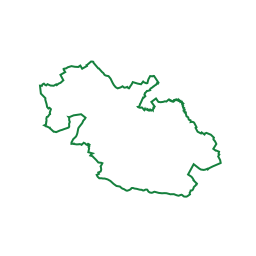 Aiviekstes pag., Plavinu, Latvia, rotated 33°
{"feature_id": "27541924B44380284961438", "entity_name": "Aiviekstes pag.", "entity_type": "district", "adm_level": 2, "iso_a3": "LVA", "parent_name": "Latvia", "parent_adm1": "Plavinu", "projection": "albers", "projection_center": [25.79, 56.661], "detail": "fine", "context": "isolated", "style": "outline", "palette": "green", "viewbox_px": 256, "rotation_deg": 33, "n_neighbors": 0, "source": "geoboundaries", "source_scale": "gbopen_adm2", "svg_char_len": 5632}
<svg xmlns="http://www.w3.org/2000/svg" viewBox="0 0 256 256"><g transform="rotate(33 128 128)"><path d="M42.3,114.1L44.9,115.3L42.4,120.2L47.8,123.2L46.8,126.9L45.6,128.6L44.9,130.8L44.0,130.5L42.7,133.0L39.9,134.6L36.6,135.1L36.2,136.8L35.3,137.0L33.3,136.6L32.6,137.9L32.8,139.6L31.9,139.8L31.7,140.3L31.2,140.5L36.2,146.6L42.5,148.0L43.2,149.3L46.7,152.3L48.7,154.4L50.6,155.0L51.0,153.9L51.7,153.9L53.1,154.2L54.0,157.7L54.7,158.3L55.1,158.8L54.7,159.6L54.7,162.1L53.9,163.0L54.4,164.6L55.0,165.4L55.6,166.1L56.0,166.9L56.0,167.4L56.6,168.1L56.6,168.7L57.2,169.4L57.1,170.2L56.4,171.3L57.6,171.2L57.8,171.0L58.4,171.2L58.5,171.0L61.5,170.6L62.5,170.8L62.6,170.5L63.1,170.8L67.7,171.6L68.2,171.2L70.0,170.6L72.4,167.0L73.8,165.4L75.1,163.6L77.5,160.6L77.9,160.0L77.8,159.7L78.0,159.1L77.8,158.6L76.6,157.0L76.2,156.3L76.0,155.0L75.7,154.4L74.5,153.6L73.1,151.5L72.3,151.2L72.8,151.0L75.5,147.0L81.2,142.0L86.8,142.5L86.9,143.9L86.5,146.2L86.9,148.6L86.9,149.2L86.4,154.6L86.6,155.6L88.3,159.8L88.7,161.2L89.0,162.8L89.0,163.7L88.1,167.4L88.3,168.6L88.4,170.4L88.7,171.4L89.2,172.1L90.9,170.7L91.1,171.0L93.9,169.7L95.7,168.4L95.8,168.1L97.5,167.3L98.1,167.4L98.2,167.1L98.3,167.1L98.5,166.1L98.8,165.2L98.9,164.5L100.5,164.3L101.7,164.6L102.7,164.5L103.4,164.3L103.6,163.7L103.0,163.6L103.1,163.0L103.4,162.9L104.9,163.0L104.9,163.7L105.5,164.5L105.0,165.0L105.3,165.5L106.5,166.3L107.9,169.9L112.2,168.6L111.5,170.0L111.4,171.6L113.5,171.0L113.8,171.1L119.0,172.2L121.9,173.1L124.6,171.7L125.7,171.5L125.9,173.7L125.9,175.1L126.3,175.3L127.9,177.1L128.3,177.7L128.7,179.3L128.7,179.5L127.3,181.5L128.6,182.3L127.3,184.4L129.1,185.4L131.3,185.8L133.1,184.6L134.6,184.0L135.9,183.1L138.9,182.2L142.2,182.0L146.3,182.7L149.9,182.9L153.1,181.5L154.8,181.8L156.4,181.9L157.5,181.5L160.7,181.4L161.6,180.9L162.7,179.5L163.6,177.9L163.7,176.5L164.2,176.0L164.9,175.6L166.5,175.2L168.4,174.3L171.5,173.3L173.1,172.4L174.7,172.2L175.4,171.6L175.8,170.8L176.3,170.1L177.5,169.3L178.4,169.5L179.3,170.0L179.8,170.2L181.3,170.2L182.9,169.6L183.8,168.8L184.4,167.7L185.0,167.0L189.1,165.7L192.1,164.2L194.1,162.7L195.9,161.7L199.6,160.5L202.5,158.5L205.4,157.9L207.2,157.3L207.6,156.9L208.5,155.6L209.1,154.9L209.9,154.7L211.9,155.0L212.6,154.8L214.2,153.9L214.9,153.0L216.1,149.9L215.8,149.7L215.0,148.7L214.9,146.7L214.6,146.3L215.9,145.1L215.9,143.7L215.7,142.7L215.4,141.9L215.5,141.0L215.6,140.8L215.9,139.8L216.0,138.7L216.3,138.1L215.9,137.8L216.0,137.1L211.8,136.3L211.9,136.1L209.8,135.0L207.8,134.3L203.7,134.3L202.8,122.6L210.0,123.2L211.8,123.1L214.2,122.0L215.4,120.9L216.9,118.8L217.5,119.2L217.9,117.6L220.1,113.9L224.8,106.9L224.6,106.6L222.7,104.7L219.1,102.7L219.0,100.5L218.0,100.4L217.3,98.3L214.0,98.9L213.8,99.2L210.9,99.0L210.8,93.3L210.2,92.9L208.1,91.7L206.0,91.1L205.6,90.7L205.3,89.3L201.2,88.5L196.4,89.4L195.4,90.9L195.4,91.1L195.7,91.3L195.7,91.8L192.2,91.6L192.2,92.8L188.4,93.2L184.6,91.1L185.0,90.0L180.5,87.5L179.5,87.5L178.4,87.9L177.3,88.9L176.7,87.3L176.8,87.2L175.3,87.8L174.3,87.8L172.7,86.3L171.7,86.2L171.0,86.4L170.5,86.2L168.9,84.6L168.5,84.5L168.0,83.4L167.4,83.5L167.5,83.8L167.0,84.1L166.6,83.8L166.5,83.4L165.5,83.3L165.9,82.5L165.5,81.7L165.0,81.9L164.6,81.6L164.0,81.6L163.7,81.0L163.8,80.6L162.9,80.6L162.7,80.2L161.8,79.8L161.7,79.6L161.8,78.9L160.6,78.7L160.5,78.4L160.8,77.6L160.2,77.7L160.2,77.3L159.5,77.4L159.4,77.0L159.0,76.7L158.6,77.3L158.3,77.4L157.7,76.9L157.5,77.4L157.1,76.9L156.5,77.3L156.4,76.9L156.1,76.9L156.0,76.7L155.7,76.7L155.5,77.2L155.1,76.9L155.1,77.1L154.8,77.1L154.6,77.7L154.3,77.6L154.1,77.8L153.9,77.6L153.6,77.5L153.6,77.9L153.2,77.9L153.1,78.1L152.7,78.1L152.6,78.7L152.0,78.8L151.9,78.9L152.3,79.0L152.2,79.5L152.1,80.0L151.5,80.3L151.5,80.5L151.9,80.9L151.8,81.2L151.6,81.4L151.2,81.2L150.7,81.2L150.5,81.5L149.7,81.4L149.6,81.5L149.7,81.9L149.2,82.0L149.0,81.6L148.8,81.6L148.7,81.8L148.3,81.7L148.1,82.1L147.9,82.1L147.7,82.0L147.6,81.7L147.1,81.6L146.7,81.8L145.8,84.9L144.4,85.5L143.3,86.9L141.3,88.6L139.4,89.5L139.0,89.5L135.4,88.0L133.4,93.4L138.7,95.5L138.5,96.3L138.2,96.8L138.4,96.9L138.7,97.3L138.9,97.3L138.9,97.5L138.6,97.7L138.6,97.9L138.8,98.2L138.8,98.9L139.2,99.6L138.7,99.5L138.4,99.6L138.3,100.2L138.1,100.6L137.1,100.5L137.3,100.9L137.0,101.0L136.9,101.3L136.6,101.4L136.3,101.1L136.2,101.4L136.0,101.2L135.7,101.3L135.6,101.6L135.6,102.0L135.3,102.1L135.2,101.8L135.0,101.7L134.8,101.6L134.7,101.6L134.9,101.8L134.4,101.8L134.0,102.3L133.3,102.3L132.7,102.7L132.4,102.9L132.4,103.2L132.2,103.4L132.1,102.9L131.8,102.7L131.9,104.1L128.6,103.2L128.3,103.3L127.1,104.5L125.1,105.0L124.8,104.9L125.7,104.0L125.4,102.2L125.0,101.5L125.1,100.7L125.0,100.0L124.1,94.3L124.6,94.2L124.7,93.7L125.0,93.1L124.9,92.1L125.1,91.8L124.8,91.6L124.4,91.8L124.2,91.5L123.9,91.0L123.6,91.0L123.2,89.4L123.4,89.2L123.7,86.6L124.4,86.1L125.5,84.8L125.4,84.8L125.5,84.3L125.4,82.7L125.5,82.6L125.7,82.0L126.5,80.3L126.5,79.9L126.7,79.2L127.0,78.9L127.2,77.9L127.5,77.4L128.0,76.4L127.9,74.4L128.9,74.5L128.9,73.4L121.5,70.2L120.8,70.6L120.6,71.2L118.3,72.4L118.6,76.1L119.8,79.8L119.0,80.5L116.3,81.0L115.4,80.8L115.1,84.2L111.9,85.5L107.0,86.9L107.3,89.7L107.2,91.2L107.3,94.1L106.7,94.4L105.0,93.9L104.2,95.1L102.9,96.2L100.7,96.0L99.7,98.0L97.7,100.4L95.4,100.5L92.6,99.6L90.3,98.4L86.5,96.1L83.4,95.1L81.2,96.0L80.2,96.2L79.3,96.2L77.3,95.3L75.8,95.2L71.1,93.9L70.6,94.2L63.6,92.1L62.8,91.4L62.3,91.5L60.8,92.4L59.4,97.2L59.0,97.9L59.8,98.4L57.3,103.1L58.0,103.4L57.5,103.4L54.0,101.6L53.5,102.5L53.4,103.6L52.9,104.0L50.1,105.6L46.9,106.9L44.4,109.9L43.7,111.6L42.0,113.2L41.8,113.5L42.3,114.1Z" fill="none" stroke="#15803d" stroke-width="2"/></g></svg>